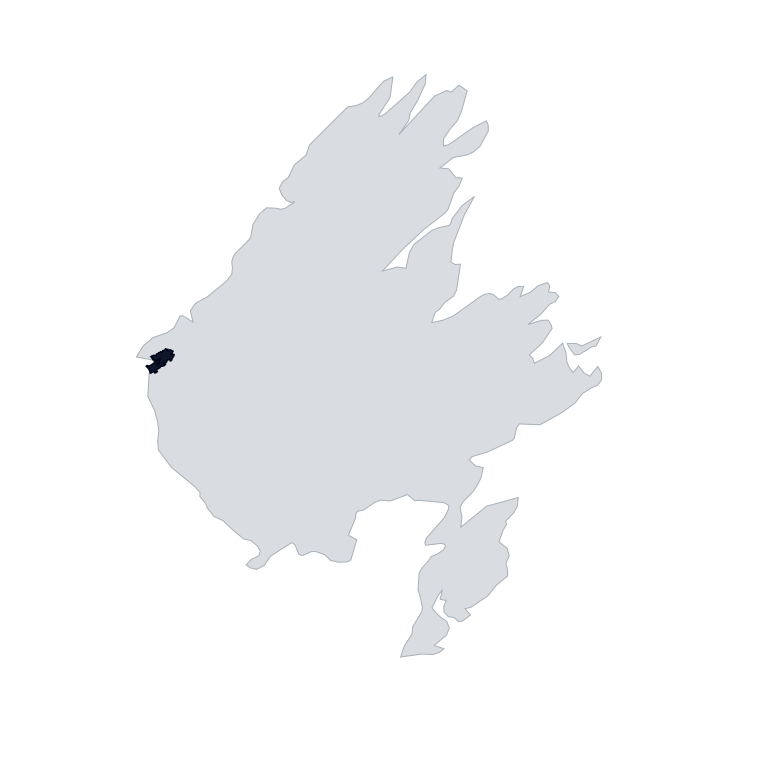 Wexford Lea-7, Wexford, Ireland (highlighted), rotated 148°
{"feature_id": "5873133B47724630895547", "entity_name": "Wexford Lea-7", "entity_type": "district", "adm_level": 2, "iso_a3": "IRL", "parent_name": "Ireland", "parent_adm1": "Wexford", "projection": "natural_earth1", "projection_center": [-6.494, 52.363], "detail": "fine", "context": "in_parent", "style": "filled", "palette": "ink", "viewbox_px": 768, "rotation_deg": 148, "n_neighbors": 0, "source": "geoboundaries", "source_scale": "gbopen_adm2", "svg_char_len": 8154}
<svg xmlns="http://www.w3.org/2000/svg" viewBox="0 0 768 768"><g transform="rotate(148 384 384)"><path d="M488.4,162.8L472.2,171.2L469.7,174.4L465.1,187.2L464.5,190.9L454.3,205.2L448.6,208.1L440.1,210.4L435.2,212.7L429.1,211.6L421.4,211.8L417.5,214.3L417.7,216.3L420.0,218.6L434.2,225.2L433.4,227.9L429.3,231.0L403.7,238.7L396.0,243.4L393.3,246.5L396.0,251.6L416.3,267.1L419.8,268.8L422.7,277.8L440.8,281.5L448.1,287.2L454.5,288.5L468.3,288.0L473.9,290.1L477.0,288.5L478.9,285.6L494.4,274.6L489.6,266.4L505.3,252.4L509.6,252.6L516.9,256.9L522.9,262.8L524.8,270.7L530.5,277.9L534.2,280.3L544.2,281.8L546.5,284.6L544.7,294.9L546.2,298.4L571.5,298.1L581.7,293.6L590.4,294.4L594.8,299.0L596.7,303.8L589.2,305.6L581.3,304.6L577.4,307.8L577.2,313.8L579.8,321.6L585.1,327.1L589.4,339.6L592.9,353.4L598.4,361.8L599.5,372.2L598.7,377.3L599.7,386.4L597.4,389.7L599.2,398.3L608.5,426.1L610.3,447.8L605.8,455.9L599.7,463.7L595.7,472.8L592.7,482.7L590.8,498.7L577.6,517.4L571.9,522.1L565.3,525.0L579.7,538.1L568.0,543.9L555.2,545.8L541.1,542.5L532.2,542.9L521.0,549.7L518.5,548.5L513.2,537.7L509.3,548.8L501.1,552.3L487.2,551.6L463.8,554.6L454.9,557.7L451.1,562.7L448.3,568.4L444.6,571.8L440.5,573.6L422.5,577.8L418.9,579.5L410.5,588.8L399.5,594.1L390.4,595.7L382.4,590.3L379.1,587.1L375.4,585.4L363.0,585.7L366.9,587.4L369.4,591.2L370.5,598.5L369.1,605.6L362.9,609.2L355.6,609.9L344.1,617.3L328.8,619.4L320.5,626.2L270.0,637.8L267.2,637.9L260.3,635.0L252.8,633.6L245.2,634.6L224.0,641.0L213.8,639.7L227.1,623.7L244.7,615.6L246.6,613.4L240.9,612.3L207.6,617.9L195.9,622.7L184.4,624.1L189.8,616.8L204.9,606.8L217.9,600.2L223.5,594.3L239.3,587.6L188.6,601.4L175.3,599.7L172.3,595.9L161.9,597.7L158.2,588.4L173.7,574.3L182.7,568.2L193.4,565.0L203.6,560.3L207.5,554.5L202.8,552.7L172.2,554.2L157.7,552.9L158.5,548.4L161.3,543.4L176.6,534.7L184.8,533.4L192.1,534.2L204.9,539.3L222.1,537.6L215.0,532.1L213.9,521.0L208.5,517.2L215.6,512.0L223.7,508.9L237.2,498.2L242.0,496.6L268.4,494.0L297.0,488.3L325.3,480.6L310.9,476.2L304.0,470.5L292.7,482.1L284.7,486.5L262.0,488.9L254.8,487.6L244.8,484.0L241.6,485.4L238.7,488.1L223.6,493.8L207.8,495.2L226.3,484.8L249.8,467.1L255.1,461.5L262.6,451.9L260.3,447.6L255.6,445.1L272.7,425.2L278.7,421.6L289.4,421.0L297.4,417.9L300.8,417.9L304.0,416.7L311.0,410.7L300.3,406.9L289.4,405.0L255.3,407.1L250.8,406.6L246.6,404.8L243.9,402.1L241.9,395.4L239.5,393.9L231.8,393.9L224.2,395.9L218.9,395.7L213.8,392.8L222.2,385.9L211.5,384.3L200.7,385.6L191.7,383.5L191.5,379.2L195.7,374.9L190.4,370.8L189.4,365.6L195.1,363.1L201.3,363.9L214.1,360.1L230.3,358.2L216.5,354.4L211.0,351.2L210.8,346.3L212.0,342.0L228.2,334.9L245.4,331.7L244.2,327.0L245.5,321.9L228.2,320.4L211.0,324.0L213.0,314.3L217.3,305.5L218.2,299.7L217.5,293.5L209.4,296.2L208.6,287.5L205.3,281.5L193.4,285.6L193.8,277.7L197.3,272.2L203.6,269.8L209.7,270.8L221.1,270.7L232.2,266.6L248.1,265.5L273.3,266.8L290.5,278.5L295.0,276.4L302.1,269.0L305.3,268.2L331.5,271.4L347.7,275.7L352.0,274.4L349.8,266.1L344.2,260.5L351.4,253.0L359.9,248.0L365.7,245.5L378.9,242.3L384.6,239.4L388.5,229.8L394.7,221.9L361.6,226.0L330.4,216.6L335.4,209.9L342.1,206.1L353.5,203.2L354.7,199.8L360.5,196.9L370.1,189.3L366.7,179.4L368.7,172.1L375.6,167.4L377.8,160.6L380.9,155.7L394.8,153.9L408.3,149.3L428.9,148.6L434.3,150.5L433.1,142.3L442.8,141.3L446.6,142.9L448.2,148.7L452.6,152.4L454.0,158.8L451.0,163.8L446.0,167.6L450.5,171.5L443.4,178.6L451.0,175.6L461.9,168.7L461.3,163.0L459.5,155.9L456.6,149.4L458.0,142.4L464.1,137.9L480.0,135.7L473.5,127.7L479.3,127.0L485.6,128.6L494.9,134.9L514.6,143.7L504.9,151.5L493.0,156.9L488.4,162.8ZM207.6,317.5L207.1,321.3L199.6,316.6L196.0,311.4L175.2,309.0L184.0,303.9L188.2,305.4L202.9,305.6L207.0,307.8L207.6,317.5Z" fill="#d9dde1" stroke="#a8b0b8" stroke-width="1"/><path d="M556.4,518.0L556.3,518.6L556.1,518.8L555.9,519.0L555.6,519.0L555.1,519.2L554.9,519.0L554.1,518.8L553.8,518.8L553.5,518.8L552.8,518.8L552.7,518.5L552.5,518.1L552.4,517.8L552.4,517.6L552.8,517.4L552.7,517.3L552.8,517.1L552.8,516.9L552.6,516.8L552.7,516.7L552.4,516.6L552.0,516.6L551.7,516.6L551.3,517.1L551.1,517.2L551.2,517.3L550.8,517.7L550.1,518.0L549.3,518.2L549.0,518.5L548.3,518.8L547.8,518.9L547.5,519.3L546.8,519.7L546.4,520.2L547.3,521.0L547.8,521.5L548.1,521.8L548.3,521.9L548.2,521.9L548.5,522.0L548.2,522.1L548.3,522.3L547.8,522.5L547.4,522.5L547.3,522.8L547.1,522.8L547.1,523.0L546.9,523.3L546.7,523.3L546.7,523.0L546.4,523.1L546.2,523.3L545.6,523.6L546.4,524.5L546.2,524.8L546.3,525.0L546.4,525.3L546.6,525.4L546.7,525.5L546.9,525.6L547.0,525.9L547.1,526.0L547.3,526.1L547.5,526.3L548.0,526.8L548.5,526.8L549.1,527.0L549.3,526.8L549.5,526.8L549.7,526.7L549.8,526.8L549.9,527.0L549.5,527.3L549.7,527.6L549.3,528.1L550.2,528.2L550.1,528.4L550.2,528.9L550.2,529.1L550.3,529.3L550.5,529.5L551.0,529.5L551.2,529.3L551.5,529.2L551.8,528.9L552.3,529.0L552.6,529.0L552.9,529.1L553.0,529.2L553.3,529.2L554.0,529.5L555.1,528.8L555.7,529.2L556.1,529.3L556.2,529.5L556.4,529.8L556.5,529.8L556.5,529.6L557.1,529.4L557.5,529.4L557.7,529.5L557.9,529.5L558.3,529.8L558.4,529.6L559.3,529.7L560.4,529.9L561.0,529.8L561.3,529.7L561.5,529.7L561.8,529.4L561.9,529.2L562.5,529.1L563.6,530.0L564.0,530.3L564.7,530.5L565.8,530.6L566.4,530.8L567.0,530.7L566.9,530.6L567.0,530.4L567.1,530.2L567.0,529.9L567.0,529.7L566.9,529.5L566.9,529.4L567.0,529.3L566.9,529.2L567.0,528.9L566.9,528.8L566.9,528.7L567.1,527.9L567.1,527.6L567.0,527.1L566.9,527.0L567.0,527.0L566.8,526.9L566.8,526.7L566.8,526.8L566.6,526.8L566.8,526.6L566.5,526.4L566.3,526.5L566.2,526.4L565.9,526.0L566.0,526.0L565.9,525.8L565.9,526.0L565.7,525.9L565.8,525.9L565.3,525.2L565.1,525.1L564.6,525.0L564.3,524.8L564.0,524.8L563.9,524.6L564.0,524.2L563.9,524.1L563.4,523.9L562.8,523.9L562.2,523.8L561.2,524.1L561.0,524.3L560.5,524.3L560.3,524.2L560.5,524.1L560.9,523.8L561.0,523.8L561.1,523.7L561.4,523.5L561.6,523.3L561.6,523.2L561.8,522.9L562.1,523.0L562.6,522.6L563.2,522.3L563.3,522.1L563.0,521.9L563.0,521.6L563.0,521.4L563.1,521.2L563.2,521.3L563.3,521.2L563.8,521.3L564.0,521.2L564.2,520.8L564.3,520.8L564.5,520.7L565.0,520.5L565.3,520.7L565.5,521.0L565.7,520.9L565.5,520.7L565.7,520.4L565.6,520.2L565.4,520.1L565.7,520.0L565.5,519.9L565.6,519.7L565.6,519.8L565.7,520.0L565.4,520.1L565.5,520.1L565.5,520.3L565.8,520.5L565.7,520.5L565.8,520.8L566.1,520.8L565.9,521.0L565.7,521.0L565.7,521.3L565.6,521.2L565.5,521.3L565.4,521.3L565.0,521.5L564.9,521.7L564.7,522.0L564.5,522.4L564.8,523.1L564.9,523.3L564.8,523.5L564.6,523.8L564.7,524.0L564.9,524.3L564.8,524.5L565.0,524.4L565.3,524.5L565.6,524.4L566.0,524.6L566.1,524.8L566.1,525.1L566.0,525.5L566.3,525.9L566.7,526.1L567.0,526.1L566.6,526.0L566.3,525.8L566.2,525.6L566.3,525.5L566.3,525.1L566.8,524.8L567.4,523.9L567.9,523.6L568.2,523.5L569.6,523.6L570.0,523.5L571.7,523.6L572.5,523.6L573.4,523.6L574.1,524.0L574.6,524.5L574.6,524.9L575.0,525.2L575.5,525.2L576.3,525.0L576.3,524.9L576.3,525.0L576.3,524.9L576.1,524.5L576.1,524.3L576.1,523.9L575.9,523.6L575.7,522.4L575.6,521.2L575.7,520.1L575.9,519.1L576.1,518.3L576.5,517.1L576.3,516.9L576.2,516.9L575.8,516.7L575.3,516.9L575.0,516.9L574.9,516.8L574.6,516.8L573.6,516.5L573.0,516.7L572.5,516.6L572.3,516.6L572.1,516.5L571.9,516.4L572.1,516.2L571.9,516.0L572.0,515.9L571.9,515.6L572.4,515.4L572.7,515.1L573.0,515.1L572.8,515.0L572.7,514.8L572.0,514.7L571.7,514.5L571.3,514.5L571.0,514.6L570.5,514.7L569.9,514.5L569.5,514.7L569.5,514.8L569.6,515.0L569.7,515.3L569.7,515.5L569.8,515.6L569.7,515.8L569.6,516.2L569.4,516.3L569.2,516.6L569.3,517.0L569.0,517.2L568.9,517.1L568.3,516.8L568.1,516.8L568.0,516.7L567.9,516.6L567.7,516.6L567.4,516.6L567.1,516.5L566.7,516.6L566.4,516.6L566.1,516.8L565.8,516.8L565.6,516.6L565.3,516.6L565.1,516.7L564.6,517.1L564.5,517.3L564.5,517.5L564.2,517.4L563.9,517.1L563.5,517.1L563.3,516.9L562.9,516.7L562.6,516.7L562.2,516.7L561.9,516.5L561.6,516.5L561.2,516.1L560.8,516.1L560.6,516.0L559.9,516.2L559.6,516.4L559.3,516.4L559.4,516.6L558.8,516.8L558.9,517.0L559.1,517.2L559.2,517.4L559.5,518.0L559.5,518.6L559.4,518.7L559.2,518.9L559.0,518.6L558.7,518.5L558.7,518.3L558.4,518.3L558.2,518.2L557.8,518.2L557.3,518.0L557.2,517.8L556.4,518.0Z" fill="#0f172a" stroke="#020617" stroke-width="1.5"/></g></svg>